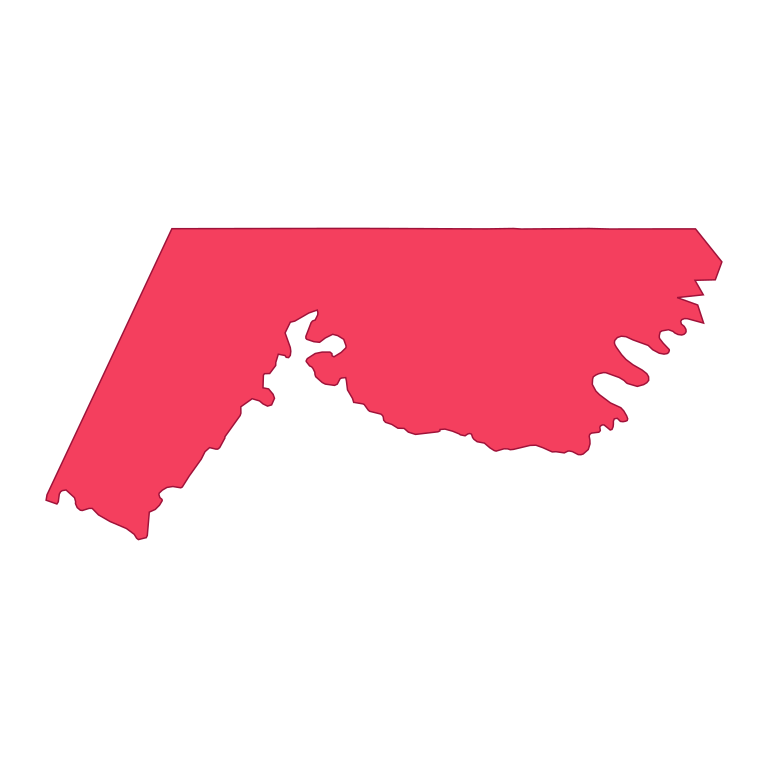 the district of Allegany, Maryland, United States of America
{"feature_id": "52423323B81858638532101", "entity_name": "Allegany", "entity_type": "district", "adm_level": 2, "iso_a3": "USA", "parent_name": "United States of America", "parent_adm1": "Maryland", "projection": "robinson", "projection_center": [-78.645, 39.581], "detail": "fine", "context": "isolated", "style": "filled", "palette": "rose", "viewbox_px": 768, "rotation_deg": 0, "n_neighbors": 0, "source": "geoboundaries", "source_scale": "gbopen_adm2", "svg_char_len": 3546}
<svg xmlns="http://www.w3.org/2000/svg" viewBox="0 0 768 768"><path d="M171.9,228.7L108.9,363.1L47.0,494.8L46.1,500.2L56.9,504.0L58.3,501.8L58.8,497.9L59.3,494.1L60.6,491.7L62.3,490.6L66.1,490.0L74.5,497.7L75.6,501.5L75.5,503.7L77.2,507.6L80.3,510.2L82.3,510.5L89.1,508.4L92.2,508.4L98.5,514.9L110.2,521.6L126.4,528.5L134.2,534.3L136.6,538.2L138.4,539.6L145.1,537.9L146.2,537.7L147.3,535.5L149.3,512.1L155.3,509.4L159.5,505.2L162.2,500.7L162.0,499.4L159.9,497.6L158.9,494.6L159.2,493.1L162.4,490.1L167.0,487.4L172.9,486.5L180.8,487.8L182.3,487.0L189.3,475.9L201.3,459.1L205.0,451.7L209.6,447.6L215.8,449.1L217.8,449.1L219.7,447.6L224.9,438.0L224.9,436.8L240.1,415.6L240.9,413.2L240.8,406.8L250.8,399.7L252.1,398.7L259.5,400.9L263.0,403.9L267.5,406.1L271.6,404.9L274.5,398.3L273.1,394.3L268.6,388.9L263.0,387.8L263.4,375.2L264.4,373.7L269.7,373.5L275.7,365.5L275.8,362.4L278.3,354.2L285.0,355.5L286.2,357.3L288.6,357.6L290.3,355.4L290.8,351.3L290.3,347.5L285.1,332.9L290.3,322.2L291.5,321.9L294.8,321.1L308.8,313.0L317.2,310.0L317.9,312.6L317.7,314.9L315.2,320.0L312.5,321.0L311.1,322.7L305.9,336.3L305.9,338.2L306.8,339.3L313.9,341.7L319.6,342.3L325.4,337.9L332.7,334.3L337.7,335.6L343.7,339.3L346.1,346.0L345.9,347.8L341.2,352.4L334.0,356.8L332.1,355.8L331.9,353.6L330.0,352.1L322.0,352.1L315.2,353.5L307.3,358.6L306.2,360.7L306.2,361.5L309.6,365.9L311.6,366.8L313.0,368.5L314.8,372.2L315.0,374.6L315.7,376.7L322.2,382.5L325.3,384.1L334.6,385.4L337.3,384.1L340.1,378.7L341.6,378.0L345.7,377.6L346.4,380.8L347.5,389.9L352.5,398.4L353.7,402.4L354.1,402.4L362.9,403.9L364.2,404.5L368.3,410.2L369.7,411.3L380.9,414.1L382.5,415.5L383.2,416.8L383.7,420.2L385.5,422.3L391.8,424.4L397.9,428.2L404.1,428.4L408.3,432.1L414.2,434.0L415.5,434.4L438.0,431.8L439.9,430.9L440.0,429.5L445.0,429.1L452.6,431.2L459.4,434.0L460.3,434.8L465.1,435.8L467.7,434.0L469.5,433.5L471.1,433.9L471.7,434.7L472.6,437.5L473.9,439.3L476.9,441.5L477.1,441.7L484.4,443.1L490.0,447.9L494.3,450.6L495.2,450.8L496.1,451.1L504.0,448.8L507.9,448.9L510.2,449.7L513.4,449.4L530.1,445.4L535.9,445.2L542.9,447.7L552.2,451.9L556.0,451.7L564.3,452.9L567.9,451.1L569.4,451.0L572.4,451.6L578.2,454.6L580.9,454.7L583.2,454.0L588.3,449.5L590.0,443.9L589.9,440.3L589.2,436.3L589.7,434.4L591.5,433.1L598.9,432.2L600.3,430.7L600.1,429.0L599.8,427.5L600.3,426.1L602.3,424.9L604.0,424.9L607.0,427.3L610.2,430.0L612.0,429.4L613.1,426.8L613.4,424.2L613.4,421.2L614.3,418.8L617.3,418.3L620.4,421.4L623.0,421.7L625.7,421.2L627.2,420.5L627.7,418.8L626.6,415.8L623.7,410.8L620.8,407.7L610.4,402.9L599.6,394.8L595.9,391.1L592.3,384.4L592.6,379.1L593.3,376.8L595.7,375.1L598.7,373.7L603.4,372.6L605.9,372.7L619.2,377.5L624.0,380.4L626.6,383.0L627.8,383.6L637.3,386.4L643.7,384.6L646.8,382.7L648.7,380.3L648.6,376.8L646.8,373.7L642.1,370.0L633.0,364.8L626.0,359.5L621.6,354.7L616.3,347.2L615.0,344.9L614.4,343.0L614.7,340.5L617.4,337.5L621.3,336.2L626.1,336.7L633.0,339.9L648.2,345.4L652.7,349.7L659.2,353.2L664.0,354.1L667.1,353.6L668.5,352.6L669.3,350.7L669.2,349.5L663.2,343.2L659.7,338.7L659.3,337.5L659.3,335.6L660.1,332.1L661.9,330.9L668.5,329.7L673.1,331.4L674.7,332.9L678.0,334.5L681.7,335.0L684.0,334.3L685.7,332.7L686.1,331.4L685.9,329.3L684.2,326.4L681.4,324.1L680.7,321.4L681.8,319.6L684.5,318.6L687.5,318.7L703.6,323.1L697.7,305.0L677.1,297.6L703.3,294.8L695.0,280.3L715.3,279.8L721.9,261.9L695.5,228.9L661.8,228.9L609.6,229.0L589.4,228.5L521.2,229.0L513.4,228.5L487.0,228.9L456.3,228.8L413.5,228.6L355.0,228.4L279.3,228.5L171.9,228.7Z" fill="#f43f5e" stroke="#9f1239" stroke-width="1.5"/></svg>